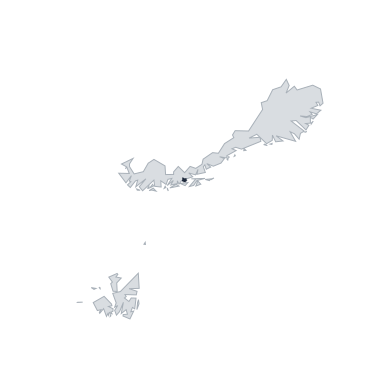 location of Dyrøy nor, Troms, Norway, rotated 208°
{"feature_id": "86288312B15388933867653", "entity_name": "Dyrøy nor", "entity_type": "district", "adm_level": 2, "iso_a3": "NOR", "parent_name": "Norway", "parent_adm1": "Troms", "projection": "orthographic", "projection_center": [17.654, 69.021], "detail": "fine", "context": "in_parent", "style": "filled", "palette": "slate", "viewbox_px": 384, "rotation_deg": 208, "n_neighbors": 0, "source": "geoboundaries", "source_scale": "gbopen_adm2", "svg_char_len": 4934}
<svg xmlns="http://www.w3.org/2000/svg" viewBox="0 0 384 384"><g transform="rotate(208 192 192)"><path d="M223.5,195.0L216.5,198.9L217.7,201.2L216.1,208.1L207.6,205.6L205.7,213.7L199.8,214.6L196.2,221.1L197.6,226.2L192.3,236.4L186.9,238.6L186.0,250.0L180.6,259.6L183.0,261.4L182.7,266.4L170.7,272.4L168.4,298.0L172.8,303.4L168.5,307.9L168.8,320.2L162.7,326.7L161.6,335.7L156.2,331.6L155.4,323.5L151.3,333.4L147.1,331.4L135.5,343.0L126.9,343.3L118.0,331.9L119.4,328.2L122.4,330.8L124.6,329.4L121.5,327.5L126.1,321.9L116.6,324.7L118.8,319.4L125.5,318.2L122.3,317.0L125.9,312.6L132.3,309.9L126.3,311.1L117.7,319.2L119.3,313.3L122.6,313.5L119.8,308.4L123.8,305.8L120.1,305.8L120.5,300.3L133.6,304.0L137.8,301.2L121.5,298.4L123.8,294.7L122.2,288.9L128.9,291.5L133.7,291.3L124.3,285.4L144.1,281.1L135.6,279.8L141.7,275.6L147.7,280.0L145.4,275.3L148.8,269.7L161.9,273.4L166.9,266.4L157.7,272.2L155.0,269.1L168.4,253.1L174.4,252.0L177.0,248.9L172.5,249.3L178.3,240.4L177.1,238.4L184.2,236.1L179.1,236.7L180.0,231.1L185.3,224.8L192.3,224.0L187.2,222.8L190.1,218.8L193.4,222.0L193.9,219.7L189.4,215.5L195.9,210.0L197.3,214.8L196.9,208.8L203.8,207.3L198.5,205.8L206.5,197.3L207.2,192.9L210.2,195.0L208.9,192.6L214.0,188.2L213.9,193.4L216.9,186.1L216.2,194.5L219.2,191.9L218.4,186.5L224.8,187.2L221.6,181.9L227.6,179.5L231.2,184.6L236.2,169.9L241.0,171.9L238.9,182.0L244.1,170.2L245.5,177.0L247.1,175.3L248.6,167.0L252.3,168.0L250.8,172.4L252.5,172.2L253.2,178.0L254.6,169.1L265.5,174.2L256.1,178.9L261.4,183.5L267.4,183.6L259.8,194.0L260.4,187.5L259.0,185.0L251.6,180.8L244.5,187.1L244.2,196.9L240.9,202.9L228.1,202.4L223.5,195.0ZM200.9,47.8L204.7,51.2L204.3,56.9L206.2,53.9L206.9,58.5L214.4,65.3L208.5,70.5L201.3,95.1L193.4,82.1L202.2,77.1L193.9,78.5L192.9,75.0L203.0,70.0L201.0,68.8L201.9,66.7L196.3,65.7L195.9,69.9L191.6,72.0L187.7,61.9L190.4,62.1L189.8,57.5L187.6,59.5L187.2,50.8L194.7,50.1L195.2,51.5L191.6,53.8L194.9,57.2L197.4,51.5L200.8,62.4L199.8,52.4L200.9,47.8ZM209.1,42.0L215.3,47.5L216.5,41.6L217.3,42.2L217.1,45.4L219.9,42.9L227.3,48.0L220.6,58.6L210.5,55.3L209.3,54.0L212.0,51.7L206.9,51.8L205.8,49.5L207.2,48.0L204.9,46.6L208.3,46.9L207.8,44.0L209.2,45.4L209.1,42.0ZM215.1,67.3L220.7,72.9L220.0,75.1L225.5,77.8L219.9,84.9L218.8,84.5L219.3,81.2L214.1,82.8L215.8,76.4L211.4,69.1L215.1,67.3ZM194.8,205.3L198.8,203.3L186.9,210.1L193.0,204.5L193.6,198.6L196.9,195.6L194.8,205.3ZM201.1,194.4L206.4,194.0L200.1,198.4L201.1,194.4ZM206.3,191.1L213.5,185.2L209.7,191.4L206.3,191.1ZM185.5,62.3L188.2,69.0L188.7,71.8L186.3,68.4L185.5,62.3ZM191.4,199.1L192.1,204.5L187.9,203.0L191.4,199.1ZM230.5,173.1L228.1,177.2L224.1,175.9L228.5,174.8L230.5,173.1ZM231.2,175.8L230.4,180.3L228.7,179.3L231.2,175.8ZM182.0,210.2L186.2,209.3L181.4,212.5L182.0,210.2ZM241.2,41.0L236.8,43.4L241.3,40.7L241.2,41.0ZM232.8,60.0L236.1,60.3L231.5,61.8L232.8,60.0ZM238.6,169.2L241.2,167.9L242.3,168.7L238.6,169.2ZM233.0,174.5L232.7,176.9L231.7,175.0L233.0,174.5ZM218.3,182.1L218.4,184.5L217.2,183.7L218.3,182.1ZM209.9,123.3L209.7,125.6L208.5,123.8L209.9,123.3ZM229.5,64.3L228.0,64.2L227.7,63.4L229.5,64.3ZM165.7,252.8L166.4,254.8L163.9,254.1L165.7,252.8ZM213.4,181.8L214.9,182.7L215.7,184.0L213.4,181.8ZM205.8,43.7L206.3,45.2L205.5,44.6L205.8,43.7ZM150.3,268.5L147.3,268.3L150.6,267.6L150.3,268.5ZM145.5,271.0L144.1,272.5L143.8,271.5L145.5,271.0ZM180.7,213.0L179.2,214.7L181.0,211.7L180.7,213.0ZM119.0,309.0L118.2,311.5L118.6,308.1L119.0,309.0ZM175.9,238.7L175.4,237.0L176.3,237.2L175.9,238.7ZM261.6,181.2L261.7,183.2L261.5,182.8L261.6,181.2ZM176.6,240.2L175.0,240.4L177.0,239.8L176.6,240.2ZM171.5,243.3L171.6,244.9L170.8,244.3L171.5,243.3ZM120.3,298.0L119.2,299.4L119.6,298.2L120.3,298.0Z" fill="#d9dde1" stroke="#a8b0b8" stroke-width="1"/><path d="M206.3,199.7L206.2,199.5L206.0,199.2L205.9,199.1L205.7,198.9L205.5,198.7L205.5,198.4L205.6,198.2L205.7,197.9L205.6,197.7L205.4,197.6L205.2,197.6L205.0,197.8L204.9,197.8L204.7,197.8L204.4,197.8L204.2,197.9L204.3,197.9L204.2,198.0L204.3,198.1L204.5,198.2L204.5,198.3L204.4,198.3L204.3,198.5L204.2,198.6L204.1,198.8L203.9,198.9L203.8,199.0L203.7,199.1L203.7,199.3L203.5,199.5L203.4,199.5L203.5,199.6L203.8,199.7L203.8,199.8L203.8,200.0L203.7,200.0L203.4,200.1L203.5,200.2L203.5,200.3L203.4,200.4L203.4,200.5L203.5,200.6L203.7,200.4L203.8,200.4L203.9,200.2L204.0,200.2L204.3,200.1L204.3,199.9L204.2,199.9L204.2,199.7L204.3,199.5L204.3,199.4L204.5,199.3L204.9,199.4L205.1,199.3L205.2,199.5L205.3,199.5L205.5,199.6L205.6,199.8L205.8,199.9L206.0,199.9L206.1,199.7L206.3,199.7ZM203.9,198.1L204.0,198.1L203.9,198.1L203.7,198.2L203.4,198.2L203.3,198.3L203.3,198.2L203.2,198.3L203.0,198.5L202.9,198.8L202.8,199.0L202.8,199.3L202.8,199.5L203.0,199.6L203.2,199.4L203.3,199.3L203.2,199.3L203.3,199.2L203.4,198.9L203.5,198.9L203.7,198.7L203.8,198.6L203.7,198.6L203.8,198.6L203.8,198.4L203.9,198.2L203.9,198.3L203.9,198.2L203.9,198.3L204.0,198.2L203.9,198.1L203.9,198.1Z" fill="#64748b" stroke="#1e293b" stroke-width="1.5"/></g></svg>